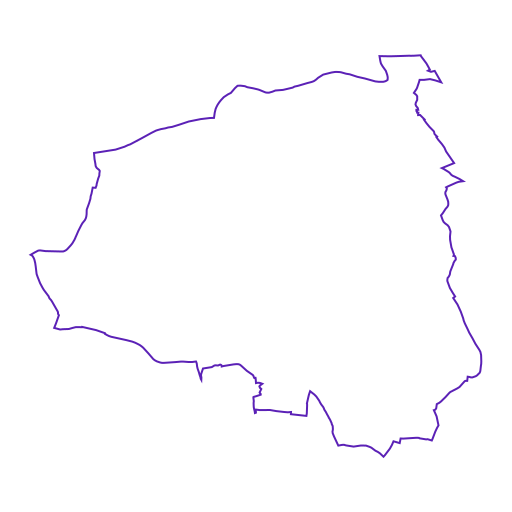 Valea Larga, Mures, Romania (Robinson projection)
{"feature_id": "2599482B72201107015433", "entity_name": "Valea Larga", "entity_type": "district", "adm_level": 2, "iso_a3": "ROU", "parent_name": "Romania", "parent_adm1": "Mures", "projection": "robinson", "projection_center": [24.071, 46.628], "detail": "fine", "context": "isolated", "style": "outline", "palette": "violet", "viewbox_px": 512, "rotation_deg": 0, "n_neighbors": 0, "source": "geoboundaries", "source_scale": "gbopen_adm2", "svg_char_len": 5939}
<svg xmlns="http://www.w3.org/2000/svg" viewBox="0 0 512 512"><path d="M431.8,440.5L432.6,438.7L435.3,431.6L437.1,427.8L438.5,425.4L436.6,416.4L433.9,410.2L434.7,410.0L435.5,409.4L436.2,408.3L436.8,404.1L439.3,402.8L441.2,401.3L442.9,399.6L445.4,397.2L449.2,393.0L450.3,392.0L457.1,388.5L459.5,387.0L464.7,381.2L465.3,380.9L467.2,380.9L467.7,376.7L469.6,377.0L470.9,377.4L472.4,377.4L475.8,376.2L477.3,375.2L478.0,374.4L479.5,373.0L480.0,372.0L480.3,371.0L481.0,365.1L481.2,364.0L481.3,361.5L481.1,355.1L480.4,351.9L479.3,349.8L475.4,343.8L472.6,338.5L469.2,332.6L467.7,329.3L464.8,323.3L463.7,320.5L463.2,318.4L460.8,311.7L457.5,304.5L453.2,298.0L455.1,296.5L452.6,292.6L449.9,288.0L447.4,281.2L447.3,280.1L447.6,278.0L448.8,276.6L449.7,274.8L449.9,274.1L450.2,271.9L450.5,270.9L453.2,264.2L453.4,263.2L454.5,261.1L455.7,259.7L455.8,259.3L455.8,259.0L455.6,257.5L454.8,256.0L453.5,255.9L453.8,255.1L453.9,254.2L453.5,253.3L452.3,249.8L451.4,247.3L451.2,246.1L450.1,239.8L450.0,236.3L450.4,232.6L450.5,231.4L449.0,227.0L447.7,225.3L445.0,223.3L443.6,221.9L442.7,220.1L441.0,215.4L442.7,213.3L445.7,208.7L446.2,208.2L447.4,206.8L447.8,206.1L448.2,205.2L448.3,204.0L448.2,201.8L447.5,199.5L445.5,194.5L445.3,193.3L445.4,192.1L446.3,190.5L446.7,189.3L446.8,188.6L446.7,188.1L446.1,187.3L448.1,186.3L456.4,182.6L458.8,181.8L463.1,181.2L459.7,179.1L454.6,176.6L453.1,176.0L451.8,175.2L451.2,174.7L449.6,172.8L448.6,172.0L443.6,168.9L441.9,168.1L454.1,163.1L446.1,151.5L444.4,147.6L442.0,144.2L438.2,139.7L436.4,137.1L437.1,136.6L434.7,134.2L434.4,133.6L434.1,132.0L433.8,131.3L429.5,126.9L426.4,123.1L424.0,119.7L424.5,119.4L420.1,115.0L418.1,115.1L418.1,114.6L418.4,112.7L417.1,112.6L417.1,111.6L416.4,111.0L416.4,109.8L418.2,109.8L418.0,108.9L417.7,107.9L416.1,106.0L415.5,104.4L415.8,102.8L417.2,99.9L417.2,96.3L416.3,94.9L413.9,92.9L416.6,88.8L417.1,87.7L419.0,82.1L419.6,79.9L423.8,79.9L430.0,79.1L435.3,80.4L441.2,82.3L434.7,70.9L431.0,71.8L428.0,70.7L429.8,69.6L428.6,67.3L426.4,63.4L421.0,56.2L420.7,55.3L420.4,55.3L414.3,55.7L410.5,55.8L409.8,55.7L400.6,56.0L390.0,56.3L379.5,56.1L380.3,60.9L380.7,62.6L381.0,63.6L382.6,66.3L385.8,70.8L386.2,71.9L387.2,74.8L387.7,77.1L387.7,78.1L387.6,79.6L387.5,80.0L386.1,80.9L384.9,81.4L383.2,81.8L378.8,81.8L375.3,81.4L364.9,78.5L357.3,76.8L349.7,74.3L346.0,73.7L341.1,72.3L339.9,72.1L336.3,71.9L334.7,72.0L331.6,72.5L323.2,74.6L318.1,77.8L316.1,79.6L314.1,81.0L312.7,81.6L311.5,82.0L307.6,83.0L298.1,85.8L294.5,86.6L292.7,87.6L287.7,88.8L283.0,89.9L275.4,90.5L272.4,91.7L268.9,92.7L266.3,92.6L265.2,92.3L259.4,89.9L257.8,89.4L253.2,88.3L247.3,87.2L244.9,86.2L241.0,85.7L238.7,85.7L237.5,85.8L235.0,88.1L230.9,92.9L227.9,94.4L223.7,97.2L221.0,100.1L219.4,102.1L217.7,104.6L216.5,106.9L215.6,109.0L214.7,112.8L214.0,117.9L210.0,118.0L200.7,119.1L188.8,121.5L179.2,124.7L172.1,126.9L168.1,127.5L165.4,128.3L161.0,129.1L157.5,130.1L156.0,130.6L151.4,132.9L141.4,138.4L130.1,144.4L128.0,145.1L124.6,146.7L115.6,149.6L94.0,153.0L94.5,159.0L95.4,163.9L95.6,165.6L95.7,166.1L96.3,167.3L96.9,168.1L99.1,169.9L99.7,170.8L99.7,171.5L99.4,173.4L99.3,175.6L98.2,178.5L96.7,183.9L96.5,185.5L95.6,187.8L92.7,187.6L91.5,193.7L90.7,196.2L90.4,198.8L89.1,203.1L86.8,209.4L86.7,210.1L86.6,214.2L86.3,216.5L85.9,218.0L85.5,218.9L84.9,220.1L82.4,223.2L81.3,225.1L78.3,231.0L76.1,236.1L75.6,237.1L75.4,237.8L75.2,238.1L74.5,239.7L72.3,243.4L70.7,245.4L67.3,249.1L66.3,250.0L64.9,250.8L63.5,251.4L61.9,251.5L45.5,251.1L40.1,250.4L38.8,250.5L38.0,250.7L34.6,252.5L30.7,254.8L32.0,255.5L32.8,256.4L33.8,258.2L34.4,259.7L35.2,263.0L35.7,266.4L36.5,273.2L36.7,274.3L37.7,277.1L40.1,283.2L42.4,287.5L43.9,290.0L48.5,296.1L49.5,298.4L51.0,300.0L52.0,301.5L56.4,309.2L57.5,311.1L58.0,312.2L58.0,313.4L58.1,313.9L58.4,314.5L58.9,315.2L56.0,323.4L54.2,327.9L60.1,329.5L63.0,329.2L68.9,329.0L72.3,328.0L75.5,327.2L76.3,327.1L82.0,327.2L82.1,326.9L96.1,330.1L105.0,333.2L105.1,333.4L105.0,333.9L105.7,334.2L106.1,334.6L108.9,336.0L111.3,336.8L126.3,340.1L132.2,341.6L134.9,342.6L137.2,343.7L139.7,345.0L141.4,346.2L143.2,347.7L144.1,348.7L148.5,353.5L153.2,359.0L154.7,360.2L156.9,361.4L160.2,362.5L162.2,362.9L163.4,362.9L175.2,362.1L180.9,361.6L183.2,361.6L188.5,362.0L192.2,362.0L196.0,361.5L196.4,362.4L196.8,363.8L197.1,366.4L197.6,368.6L198.8,372.0L199.6,374.8L200.5,377.5L200.7,378.7L201.3,379.8L201.4,377.6L201.0,375.3L201.2,373.9L203.0,368.5L211.8,367.1L214.4,365.5L215.5,365.3L218.0,365.5L220.1,364.6L220.8,364.8L221.4,365.2L221.6,365.5L221.7,366.5L223.7,366.0L233.5,364.4L236.5,364.1L238.4,364.2L239.4,364.5L240.2,364.9L241.3,365.8L246.8,370.8L252.7,374.9L253.3,375.6L254.0,377.5L254.4,378.1L254.8,378.2L255.3,377.8L255.5,377.8L255.7,379.0L256.0,383.1L257.5,382.8L259.1,382.8L260.5,383.1L262.3,383.8L260.1,385.4L259.7,385.8L259.4,386.4L259.5,386.8L259.8,387.2L260.0,387.9L260.9,388.6L261.3,389.0L259.6,392.5L259.8,392.9L260.7,394.0L260.7,394.7L256.2,396.2L253.7,396.9L253.4,397.1L253.4,397.9L253.8,401.1L253.6,403.0L253.7,406.1L253.8,407.4L254.1,409.0L254.7,411.4L254.9,412.7L255.0,412.7L255.0,413.0L255.9,412.7L255.9,411.8L255.3,409.6L256.0,409.6L259.9,410.1L270.0,410.0L276.3,411.1L284.2,412.0L287.9,412.3L291.0,412.0L290.9,414.2L306.4,415.9L306.8,413.4L307.1,405.7L307.1,404.0L306.9,403.5L308.3,397.3L308.9,394.8L310.1,391.2L314.3,394.5L316.3,396.5L319.2,400.7L320.0,402.4L321.2,404.4L323.2,407.0L323.9,408.4L324.3,409.6L325.8,411.9L327.2,414.6L327.8,415.6L328.7,417.3L328.8,417.8L329.2,418.2L330.3,420.2L331.0,421.8L331.6,423.1L331.8,424.2L332.5,425.6L332.7,426.1L332.9,429.1L332.7,430.7L332.5,431.4L332.7,433.2L334.0,436.4L338.3,445.6L342.0,444.9L344.0,444.8L346.0,445.4L353.6,446.6L361.0,445.5L366.0,445.6L369.7,446.9L371.4,447.7L375.4,450.7L377.8,451.9L379.9,453.3L383.5,456.7L384.8,455.3L389.9,448.6L391.9,445.0L393.5,441.3L399.7,443.1L400.6,438.5L403.3,438.6L416.0,437.8L417.4,437.8L419.0,437.9L419.5,438.3L426.2,439.4L427.5,439.2L428.6,439.5L431.8,440.5Z" fill="none" stroke="#5b21b6" stroke-width="2"/></svg>